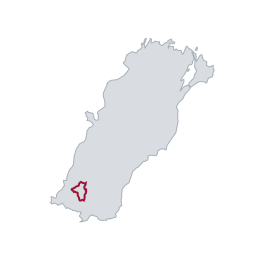 location of Bitlis within Turkey, rotated 122°
{"feature_id": "TUR-2311", "entity_name": "Bitlis", "entity_type": "Province", "adm_level": 1, "iso_a3": "TUR", "parent_name": "Turkey", "parent_adm1": "", "projection": "mercator", "projection_center": [42.405, 38.524], "detail": "fine", "context": "in_parent", "style": "outline", "palette": "rose", "viewbox_px": 256, "rotation_deg": 122, "n_neighbors": 0, "source": "natural_earth", "source_scale": "10m", "svg_char_len": 4440}
<svg xmlns="http://www.w3.org/2000/svg" viewBox="0 0 256 256"><g transform="rotate(122 128 128)"><path d="M196.8,92.2L200.3,93.5L201.4,92.5L204.5,92.7L207.3,93.3L208.9,91.3L210.9,91.5L211.2,92.6L212.2,93.0L215.1,95.6L214.7,95.9L215.5,96.9L218.0,97.5L218.2,98.8L220.1,100.8L221.1,103.8L220.5,105.9L219.5,107.3L221.0,111.8L220.5,112.4L223.5,113.9L227.4,113.6L228.6,114.3L232.2,117.8L233.2,119.2L230.6,117.5L229.2,119.0L228.5,122.5L224.4,123.1L225.0,125.4L226.1,126.4L225.8,128.5L226.1,129.4L227.2,130.8L227.0,132.7L227.5,134.7L227.5,137.1L229.1,137.8L228.4,138.9L226.5,143.8L226.6,144.2L227.9,144.3L230.7,146.5L230.2,147.2L230.5,150.3L232.9,152.3L232.5,153.3L232.6,154.4L230.8,153.9L227.3,156.6L226.9,156.6L226.4,155.6L226.3,152.9L225.4,152.2L224.3,152.0L222.4,153.2L220.6,153.2L218.9,153.0L214.2,151.3L212.5,151.9L210.7,151.2L207.2,154.6L206.2,154.8L205.7,153.2L204.4,152.2L202.9,153.5L196.9,155.1L194.1,155.4L190.8,154.8L188.0,155.0L180.4,158.7L173.2,160.7L166.7,160.5L163.2,158.2L160.4,157.7L152.1,161.2L148.0,161.1L146.7,159.6L143.5,159.0L142.9,160.4L142.2,163.8L143.3,166.8L141.6,167.0L140.4,167.7L140.1,169.9L138.5,170.8L138.0,172.2L137.7,172.3L135.1,171.1L135.8,170.0L134.2,165.8L135.0,164.5L138.4,161.0L138.3,159.0L136.9,157.6L132.6,160.1L132.2,161.1L131.2,161.9L129.6,162.2L122.1,158.8L117.6,161.8L113.9,166.0L111.0,167.5L102.6,168.7L101.1,169.5L98.2,168.6L96.5,167.5L92.6,162.7L85.3,159.1L77.5,158.2L76.8,159.1L76.5,162.8L75.3,166.3L74.7,166.7L73.0,165.8L67.0,167.9L61.9,165.6L61.0,164.6L59.9,160.5L59.1,160.2L58.3,160.8L57.4,160.8L53.8,159.0L51.8,158.9L50.6,160.6L48.7,161.3L48.6,160.9L49.4,159.7L46.3,159.9L44.7,160.8L42.4,160.3L42.6,159.8L44.4,159.3L48.5,158.6L51.1,155.9L41.3,156.1L40.4,156.6L40.2,155.2L40.8,154.6L43.3,154.1L43.2,152.9L41.6,151.6L39.9,151.0L39.1,148.0L38.2,147.2L38.3,146.8L39.9,146.3L40.3,144.1L40.0,142.8L36.8,141.6L36.1,141.7L35.3,140.6L34.0,139.7L32.9,140.4L29.7,138.6L30.3,137.3L31.1,137.3L31.2,136.3L30.6,134.6L30.6,133.7L31.3,133.5L32.1,133.7L32.9,134.7L33.0,136.6L33.9,137.8L34.5,136.6L35.9,137.3L38.5,136.7L39.0,136.2L37.1,136.2L36.4,135.7L34.9,132.5L36.5,131.6L37.6,130.0L35.4,129.0L35.9,126.8L34.0,124.3L36.5,121.1L36.4,120.6L35.6,120.5L27.7,121.8L27.6,120.4L28.2,119.1L28.1,116.0L28.5,114.4L29.9,113.9L31.7,111.4L34.6,108.5L37.6,108.5L38.8,107.7L40.6,107.7L41.1,108.8L42.7,109.6L45.5,109.5L46.8,108.7L45.5,107.3L47.1,106.8L48.3,107.2L47.7,108.7L48.0,108.9L51.6,108.4L55.4,108.8L59.5,108.6L60.0,108.1L57.1,106.5L59.0,105.1L60.0,104.9L68.7,103.6L68.8,103.3L63.4,102.5L60.7,100.7L59.9,99.7L60.5,97.2L61.1,96.5L63.0,96.4L69.5,97.6L74.2,96.9L79.3,98.5L84.2,98.2L85.2,97.5L86.4,95.1L93.3,91.2L95.7,89.1L106.5,85.0L122.6,85.7L125.4,84.2L127.0,84.7L126.6,85.7L126.7,86.7L128.6,89.1L131.5,90.5L135.4,89.3L136.9,89.8L138.3,93.5L140.8,95.8L141.9,95.9L143.4,94.6L144.9,94.5L147.2,95.8L148.0,97.1L155.7,98.6L157.3,99.7L162.5,100.9L173.9,98.2L178.1,100.0L181.7,100.6L183.2,100.3L187.8,98.2L189.2,97.0L192.1,96.0L195.8,93.6L196.8,92.2ZM48.6,85.6L48.3,87.2L49.0,89.1L50.6,91.7L52.3,93.0L60.1,96.4L58.9,99.6L57.0,100.1L50.3,98.6L47.6,99.9L45.7,99.6L42.9,100.2L42.2,102.1L40.3,104.3L35.0,107.0L30.1,112.4L28.7,113.1L29.3,111.3L29.3,109.7L31.4,107.8L34.4,106.4L35.2,105.2L27.6,105.4L26.9,103.7L27.7,103.4L30.1,100.4L30.4,99.2L30.1,96.3L33.1,94.6L33.3,93.9L32.9,91.0L30.0,89.3L30.1,88.5L32.1,87.7L33.2,85.6L36.2,85.2L37.6,84.2L40.1,83.7L43.3,86.3L47.1,85.3L48.6,85.6ZM26.2,112.3L23.6,112.7L22.8,112.3L23.6,111.4L25.6,110.8L26.2,111.7L26.2,112.3Z" fill="#d9dde1" stroke="#a8b0b8" stroke-width="1"/><path d="M207.4,129.4L208.3,129.1L209.1,128.4L209.6,128.1L210.1,128.0L210.5,127.7L210.9,127.4L212.9,127.0L212.9,128.1L213.2,128.8L214.5,129.5L215.0,130.3L214.6,131.3L213.9,131.9L213.3,132.5L212.2,134.0L212.1,134.5L211.8,134.9L211.1,135.4L209.9,136.0L209.7,136.8L209.7,137.1L210.1,138.0L210.2,138.6L210.1,139.0L210.3,139.7L210.9,140.0L210.5,140.9L210.4,141.0L210.3,141.7L210.4,142.1L210.3,142.7L210.0,143.2L209.6,143.3L208.8,142.7L207.7,142.1L207.0,141.6L206.5,141.4L205.8,141.2L205.0,140.9L204.3,140.3L203.6,139.7L202.9,139.3L201.9,139.7L201.0,139.9L199.8,139.8L198.7,139.4L198.6,139.1L198.7,138.8L198.7,138.3L198.6,137.7L198.4,137.0L198.0,135.1L197.1,134.7L198.9,133.9L200.7,134.0L201.5,133.6L202.2,132.9L202.6,132.5L202.6,131.9L202.2,131.3L202.4,130.8L203.4,130.8L203.6,130.6L203.7,130.0L204.0,129.8L204.4,129.8L204.9,129.6L205.2,129.3L205.6,129.2L207.4,129.4Z" fill="none" stroke="#9f1239" stroke-width="2"/></g></svg>